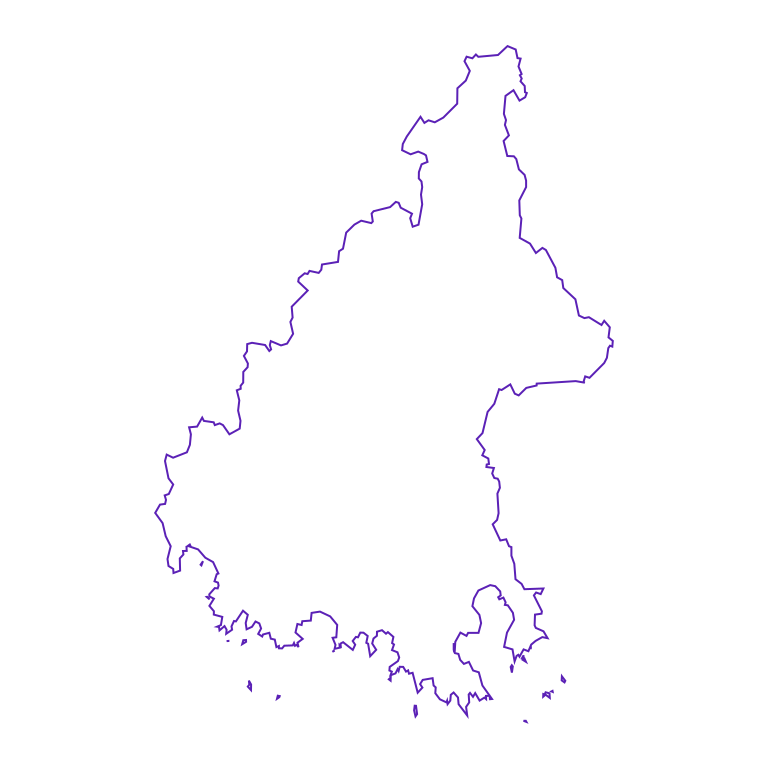 the district of Trenggalek, Jawa Timur, Indonesia
{"feature_id": "22746128B86316028646138", "entity_name": "Trenggalek", "entity_type": "district", "adm_level": 2, "iso_a3": "IDN", "parent_name": "Indonesia", "parent_adm1": "Jawa Timur", "projection": "equal_earth", "projection_center": [111.621, -8.138], "detail": "fine", "context": "isolated", "style": "outline", "palette": "violet", "viewbox_px": 768, "rotation_deg": 0, "n_neighbors": 0, "source": "geoboundaries", "source_scale": "gbopen_adm2", "svg_char_len": 6121}
<svg xmlns="http://www.w3.org/2000/svg" viewBox="0 0 768 768"><path d="M167.5,559.0L168.5,566.0L173.2,568.9L173.5,573.0L180.1,570.6L179.8,558.4L183.4,554.5L183.0,551.0L186.7,550.9L186.5,546.9L189.8,544.5L190.5,546.0L189.0,546.3L198.1,549.4L205.3,557.7L213.1,562.1L218.4,573.5L216.7,574.2L214.5,581.3L218.0,582.6L218.6,585.6L217.7,588.4L214.8,588.1L209.3,594.3L209.4,596.4L213.9,598.7L209.4,605.9L213.9,611.2L213.8,614.6L222.3,616.9L220.9,625.1L217.1,626.7L219.0,627.0L219.5,630.4L224.5,626.1L226.6,629.7L226.2,633.8L232.1,629.7L231.5,626.4L234.0,621.0L235.9,621.4L243.0,610.7L247.8,614.8L245.7,623.0L246.6,629.3L252.0,626.8L255.5,621.5L259.3,623.4L261.1,628.5L258.2,633.9L262.2,636.5L263.0,634.5L269.3,632.8L270.8,638.7L274.8,639.6L276.4,647.1L278.9,646.0L278.9,648.3L282.1,648.4L284.3,645.7L292.8,645.4L294.0,643.0L295.0,645.8L296.7,644.8L298.5,647.1L297.5,642.7L302.7,638.9L295.5,632.5L297.4,624.0L301.6,625.0L302.3,621.2L310.8,620.6L311.6,612.9L320.0,611.6L330.2,616.4L337.2,624.9L336.3,637.3L332.6,637.8L335.5,644.9L334.6,648.8L339.7,647.7L339.6,646.1L340.9,648.1L340.5,643.6L343.1,642.2L352.8,649.9L355.2,644.7L352.7,641.0L355.9,636.9L358.0,637.3L360.3,632.6L363.5,632.7L367.7,636.0L366.3,642.8L368.1,643.7L370.2,656.2L376.2,649.8L372.2,643.5L373.5,638.5L376.9,635.8L377.0,631.7L382.0,630.2L386.0,633.7L387.9,632.1L393.4,636.9L392.1,643.1L394.0,644.5L392.0,650.1L397.5,652.3L399.2,657.5L397.9,661.1L389.7,666.9L389.4,670.5L391.8,671.6L390.5,675.3L395.5,673.4L397.6,669.1L398.6,671.0L399.7,666.8L403.2,666.9L406.0,671.6L408.1,670.4L409.0,673.7L412.6,672.8L417.7,692.7L422.4,687.6L420.1,684.1L422.7,679.9L432.6,678.2L433.6,685.5L435.7,687.4L435.3,693.2L439.9,699.3L446.5,702.4L447.1,700.8L447.6,704.1L450.3,700.6L450.8,694.8L453.6,692.5L458.0,697.5L458.6,704.2L467.2,715.5L466.1,706.9L469.2,702.4L468.7,694.5L470.0,692.9L473.0,696.8L475.2,693.1L479.6,700.6L484.4,697.6L486.1,699.1L486.0,695.9L489.6,695.8L490.0,699.2L492.0,699.0L482.4,685.5L478.8,672.3L473.1,670.5L468.9,661.9L463.9,663.9L460.2,659.9L458.4,653.9L454.9,653.1L454.0,651.4L453.7,649.5L453.7,643.1L454.7,651.9L455.3,641.8L460.4,632.6L466.5,635.9L468.1,632.9L478.5,632.9L481.1,623.1L479.4,614.9L472.4,606.2L474.0,598.4L478.4,590.5L490.2,585.1L495.3,586.2L500.2,591.4L500.7,595.4L498.2,597.2L499.3,599.3L503.4,597.6L505.6,602.3L504.9,604.9L507.8,605.3L512.9,612.8L514.1,619.8L507.0,632.6L504.1,646.9L512.5,649.4L514.6,661.4L516.6,655.9L518.3,654.8L519.5,656.7L523.6,649.4L528.4,651.2L531.2,644.6L535.6,640.9L542.3,637.1L547.6,638.2L543.5,631.3L535.8,627.9L534.6,625.3L535.0,614.6L541.5,613.7L541.9,611.3L533.9,595.4L536.1,592.5L540.7,594.1L543.4,588.5L524.4,589.2L521.6,583.9L515.5,579.2L514.3,563.8L511.4,555.7L511.4,547.1L509.0,546.2L506.2,539.3L500.3,540.5L492.7,524.3L497.1,519.9L498.6,513.2L497.4,493.6L499.9,487.8L499.2,481.6L497.7,478.7L494.3,478.0L492.2,473.5L493.9,468.0L486.4,467.0L486.7,464.5L489.0,464.0L488.3,458.5L482.3,455.3L484.7,450.0L476.8,439.1L482.5,433.1L487.6,411.9L494.3,403.8L499.1,389.2L501.6,390.0L510.3,384.4L514.8,393.7L518.7,395.4L526.3,387.9L536.6,385.5L536.7,383.6L575.7,381.1L584.8,382.7L583.5,382.0L585.2,376.4L589.5,377.8L604.2,363.0L606.9,357.8L608.3,348.1L610.0,345.7L612.3,346.6L612.8,340.9L608.5,337.4L609.8,327.3L604.2,320.8L601.5,325.0L588.9,317.2L584.4,318.1L578.9,315.5L575.4,299.3L563.3,288.0L562.2,280.1L557.1,277.3L555.4,267.8L545.9,250.0L542.4,247.9L535.9,253.0L530.0,243.6L519.7,237.9L521.4,218.5L519.8,215.3L519.3,200.4L526.1,187.1L526.1,180.6L524.6,174.9L518.9,169.4L516.3,159.1L513.9,156.3L507.3,156.0L503.6,141.0L508.9,135.4L504.9,124.9L506.0,120.1L503.9,113.9L505.5,95.9L513.5,90.2L519.5,100.6L525.2,97.2L526.8,93.0L525.0,92.2L524.7,86.0L520.5,81.3L521.7,78.5L519.9,75.2L521.6,74.0L518.5,66.5L520.6,58.6L517.5,58.1L515.7,49.5L507.5,46.1L498.0,55.0L478.3,56.8L475.9,54.5L472.4,58.3L466.6,56.7L464.5,61.2L469.8,70.9L465.8,80.6L457.4,88.3L457.2,103.7L443.3,117.6L434.8,122.3L428.5,120.3L424.4,122.9L420.5,116.8L406.8,136.5L402.8,144.0L402.1,150.2L410.6,154.3L418.2,151.6L423.9,154.0L426.0,155.4L427.5,161.9L421.6,164.3L418.9,172.1L418.8,178.5L421.5,181.5L422.2,187.1L421.0,194.6L422.2,204.3L418.5,224.7L412.7,226.7L410.2,218.2L412.0,213.7L400.7,207.7L398.7,202.8L395.8,201.9L390.1,207.1L373.6,211.2L371.6,213.6L372.8,221.5L371.3,223.1L361.2,220.7L354.4,224.6L346.2,232.6L343.0,248.7L339.1,251.2L338.0,261.9L322.0,264.5L321.3,269.7L318.7,272.9L309.5,270.9L307.6,274.0L304.7,273.3L298.8,278.2L298.2,281.6L307.7,290.5L291.7,306.7L292.6,317.6L290.4,321.9L293.1,333.8L287.1,343.6L281.0,345.4L270.8,341.1L269.8,345.1L271.1,349.4L269.3,351.0L265.1,345.0L252.0,342.8L247.2,344.1L247.0,351.4L243.9,355.9L247.9,363.5L247.6,367.2L243.3,371.9L243.2,382.6L240.6,385.8L240.7,388.8L236.8,390.3L239.3,400.4L238.1,410.6L240.5,420.8L239.7,428.6L229.4,434.3L223.0,425.1L219.7,423.4L214.8,425.1L213.7,422.3L203.9,420.9L202.2,417.6L197.1,426.6L189.1,427.3L190.9,434.3L189.9,444.8L186.9,452.3L173.1,457.7L166.7,454.6L165.0,461.0L168.5,478.3L173.2,484.5L168.8,494.0L164.7,495.4L166.0,499.9L165.1,503.9L160.0,504.6L155.2,512.9L162.6,523.1L165.7,536.2L170.7,546.2L167.5,559.0ZM251.1,684.5L248.9,680.6L249.3,684.7L247.8,686.6L251.0,690.1L251.1,684.5ZM416.0,705.8L414.7,705.7L414.1,710.4L415.5,716.4L417.1,714.1L416.0,705.8ZM545.6,692.3L544.8,694.1L549.8,697.9L549.5,693.3L545.6,692.3ZM242.2,644.2L246.1,641.8L246.0,640.0L243.3,640.2L242.2,644.2ZM564.5,682.4L565.3,680.8L561.9,676.3L561.7,680.4L564.5,682.4ZM511.9,672.6L512.8,666.4L511.8,665.2L510.7,667.0L511.9,672.6ZM277.0,698.8L279.3,697.2L279.7,696.1L277.8,695.7L277.0,698.8ZM390.6,680.7L390.7,677.5L388.8,679.3L390.6,680.7ZM201.4,565.4L203.0,561.2L200.6,564.7L201.4,565.4ZM543.2,696.7L544.6,695.5L544.8,694.5L543.3,694.0L543.2,696.7ZM525.9,661.8L524.5,658.6L522.7,659.8L525.9,661.8ZM334.7,650.6L333.5,651.0L332.4,651.8L334.7,650.6ZM209.6,599.4L207.1,596.8L206.7,596.9L209.6,599.4ZM525.8,720.8L523.5,720.8L526.4,721.9L525.8,720.8ZM522.2,657.8L523.5,657.5L523.6,655.3L522.2,657.8ZM551.5,691.4L552.7,691.9L552.5,690.9L551.5,691.4ZM226.6,641.1L228.4,641.0L228.4,640.9L226.6,641.1ZM530.7,649.2L530.9,647.1L530.7,647.0L530.7,649.2Z" fill="none" stroke="#5b21b6" stroke-width="2"/></svg>